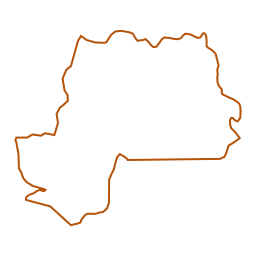 outline of Des Bottes, Soufrière, Saint Lucia
{"feature_id": "8701671B89726898979713", "entity_name": "Des Bottes", "entity_type": "district", "adm_level": 2, "iso_a3": "LCA", "parent_name": "Saint Lucia", "parent_adm1": "Soufrière", "projection": "equal_earth", "projection_center": [-61.034, 13.88], "detail": "fine", "context": "isolated", "style": "outline", "palette": "amber", "viewbox_px": 256, "rotation_deg": 0, "n_neighbors": 0, "source": "geoboundaries", "source_scale": "gbopen_adm2", "svg_char_len": 2720}
<svg xmlns="http://www.w3.org/2000/svg" viewBox="0 0 256 256"><path d="M239.7,138.1L237.3,134.9L235.3,132.2L232.8,129.8L231.2,128.1L230.2,125.0L230.0,120.3L231.1,117.9L232.9,118.0L233.9,119.3L235.2,120.4L236.2,121.1L238.0,121.1L239.0,119.4L240.1,118.4L240.4,115.7L240.6,112.2L240.6,111.7L240.6,111.0L240.2,106.3L239.2,103.6L236.6,101.5L233.6,99.4L230.2,98.0L225.1,95.6L222.3,94.2L221.7,92.8L221.8,91.6L221.8,89.6L219.8,86.9L218.5,85.5L217.5,81.8L217.3,78.1L217.4,77.7L217.3,76.9L217.8,73.9L217.4,72.0L217.4,70.8L217.4,69.1L218.2,66.5L218.6,65.3L217.7,62.2L217.5,61.2L216.5,57.3L216.0,55.2L215.2,53.2L213.7,51.8L211.9,50.1L208.1,47.7L206.6,46.3L206.6,45.2L206.6,41.1L206.4,37.9L205.9,35.2L204.6,33.5L203.4,33.1L202.3,34.4L201.0,36.4L200.2,37.4L199.2,37.8L196.9,37.7L190.8,34.6L187.4,33.9L185.1,33.8L182.8,35.8L181.5,37.5L180.4,38.5L179.4,38.8L177.9,39.1L176.1,39.1L172.7,38.7L170.2,38.0L164.3,37.5L162.2,38.9L160.6,40.9L159.6,42.7L158.0,44.4L157.0,46.4L154.9,47.0L153.4,47.0L151.1,45.3L149.6,43.2L147.5,40.8L145.2,39.1L142.9,40.1L140.1,40.4L137.5,40.7L136.0,38.9L134.2,36.2L132.7,33.5L128.6,32.1L124.0,31.3L120.2,30.9L115.3,31.5L111.1,34.8L108.5,38.8L106.4,42.2L104.6,42.8L95.4,42.5L86.7,40.0L81.0,36.0L77.9,41.1L71.0,66.0L67.9,68.5L66.3,69.8L65.9,70.9L62.6,78.5L64.5,90.3L66.4,93.3L67.7,95.3L67.7,100.9L64.6,103.8L63.1,105.2L61.5,106.5L59.8,107.8L56.6,114.0L57.5,119.6L58.0,123.3L54.3,135.1L48.9,133.9L48.7,133.9L45.0,133.3L40.9,135.7L33.4,134.6L32.6,134.5L28.4,136.8L27.0,137.6L20.1,137.6L16.6,137.6L16.4,137.6L16.0,138.5L15.4,140.3L16.4,142.5L18.5,154.7L18.9,168.1L21.4,172.8L23.3,178.2L26.6,182.1L32.9,186.0L41.2,188.3L45.2,189.6L45.5,189.7L45.4,190.0L45.2,190.3L44.8,190.6L44.6,190.8L44.3,190.9L44.0,191.0L43.7,191.0L43.2,191.0L42.9,190.9L42.6,190.9L42.2,190.8L41.8,190.6L41.4,190.4L41.2,190.2L40.8,190.1L40.5,190.0L40.2,190.0L39.7,189.9L39.4,190.0L39.1,190.1L38.8,190.2L38.3,190.4L37.5,190.8L36.7,191.2L36.4,191.4L35.4,192.0L34.7,192.5L34.1,192.8L33.9,193.0L33.3,193.4L32.2,193.8L31.4,194.0L30.2,194.4L29.1,195.1L28.0,195.7L27.3,196.2L26.8,196.7L26.2,197.6L26.0,198.0L25.9,198.5L25.9,199.0L26.0,199.3L26.1,199.9L26.3,200.0L50.3,206.4L70.6,224.9L70.7,225.0L70.8,225.1L76.8,223.8L79.1,223.0L80.5,222.5L81.4,219.6L81.9,219.0L85.5,214.7L87.8,213.7L90.9,213.8L95.1,213.9L99.0,212.7L99.9,212.4L101.6,212.2L103.0,212.1L105.5,209.8L107.2,208.2L107.6,206.9L108.9,202.9L108.9,202.0L109.1,186.1L109.1,179.7L112.4,172.1L112.5,172.0L113.8,169.3L115.8,161.6L116.5,159.2L117.2,157.0L118.0,156.2L119.8,154.1L123.0,155.9L124.2,156.5L124.4,156.7L127.1,158.9L127.7,160.0L191.1,159.2L219.8,158.9L224.5,156.8L225.6,154.5L226.4,152.6L227.5,148.9L228.4,145.8L235.7,141.2L239.7,138.1Z" fill="none" stroke="#b45309" stroke-width="2"/></svg>